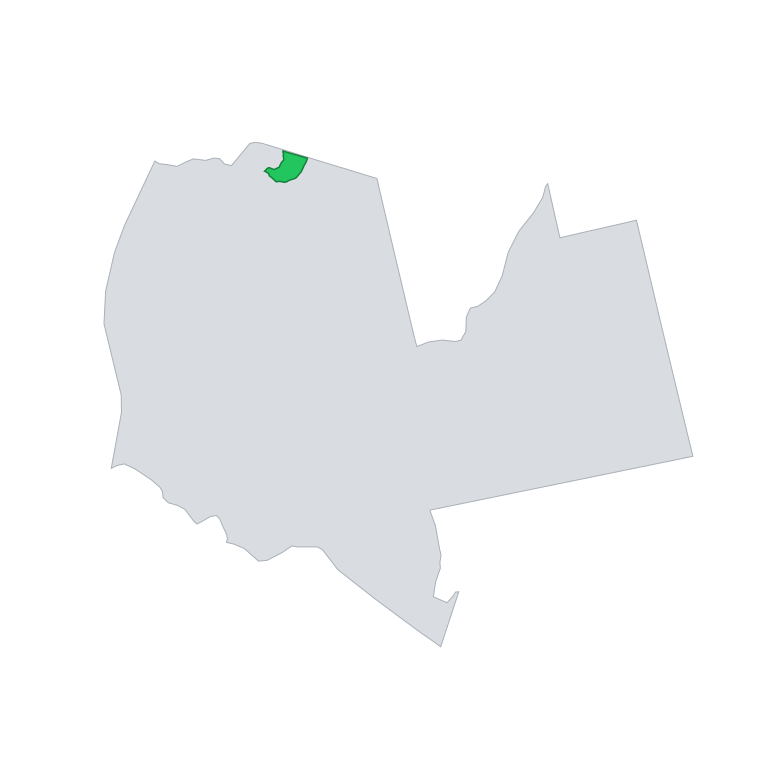 Cuilco, Huehuetenango, Guatemala (highlighted), rotated 77°
{"feature_id": "79465075B28423402187553", "entity_name": "Cuilco", "entity_type": "district", "adm_level": 2, "iso_a3": "GTM", "parent_name": "Guatemala", "parent_adm1": "Huehuetenango", "projection": "albers", "projection_center": [-91.949, 15.456], "detail": "fine", "context": "in_parent", "style": "filled", "palette": "green", "viewbox_px": 768, "rotation_deg": 77, "n_neighbors": 0, "source": "geoboundaries", "source_scale": "gbopen_adm2", "svg_char_len": 3470}
<svg xmlns="http://www.w3.org/2000/svg" viewBox="0 0 768 768"><g transform="rotate(77 384 384)"><path d="M115.2,557.1L118.7,553.6L121.7,545.3L125.4,536.8L123.1,527.0L121.8,519.1L126.0,507.5L125.6,498.9L127.5,493.5L133.6,490.1L136.9,483.5L119.5,460.7L119.5,455.5L121.8,449.1L135.9,424.7L152.7,395.8L171.1,363.9L182.2,344.7L222.7,344.6L249.6,344.5L283.6,344.3L320.6,344.1L344.9,343.9L354.9,343.6L353.1,331.1L354.3,317.3L358.7,304.8L358.6,299.2L351.3,292.5L337.3,288.7L329.5,282.8L329.4,275.2L325.9,266.0L319.1,255.3L305.0,244.4L283.6,233.3L265.4,218.2L250.4,199.3L237.7,187.2L227.9,182.1L225.6,179.4L254.1,179.6L281.1,179.7L281.1,152.5L281.2,128.4L281.2,101.2L330.0,100.9L388.2,100.6L448.6,100.1L496.0,99.6L523.9,99.3L523.1,133.0L522.1,172.2L521.4,201.0L520.4,239.4L519.4,278.7L518.1,332.2L517.2,366.9L517.8,367.7L533.8,365.8L557.4,367.0L563.2,366.8L570.5,369.7L576.1,370.5L588.2,378.1L602.4,383.8L611.3,371.8L606.4,364.7L602.8,361.1L603.3,357.9L652.8,387.9L647.1,392.8L634.8,404.0L612.5,423.1L592.4,440.2L573.1,455.8L555.7,469.8L553.6,471.2L531.4,481.3L527.7,485.8L523.2,505.3L521.0,510.1L525.2,520.9L529.5,537.5L528.3,546.2L512.9,557.1L505.9,566.8L502.9,573.1L500.1,571.5L495.3,571.1L484.2,573.6L478.9,574.2L474.4,577.0L474.1,583.0L477.1,592.7L478.3,597.7L475.2,600.1L461.6,606.0L456.2,611.9L451.2,620.9L445.2,624.7L439.0,624.1L434.5,625.4L425.1,632.2L411.0,645.4L403.4,655.1L403.3,662.3L404.8,668.7L352.7,646.2L335.4,642.5L262.4,643.3L231.1,634.4L195.4,617.1L171.3,601.3L115.2,557.1Z" fill="#d9dde1" stroke="#a8b0b8" stroke-width="1"/><path d="M162.9,443.3L162.8,442.9L162.8,442.1L162.9,440.7L163.0,440.6L163.2,440.0L163.3,439.7L163.6,438.7L163.8,438.4L164.1,437.8L164.5,437.0L164.7,436.3L164.8,436.3L164.8,436.2L165.0,435.6L165.1,435.4L165.1,435.0L165.1,434.1L164.9,433.5L165.0,433.1L165.0,432.9L164.8,432.5L164.8,432.3L164.6,432.0L164.6,431.8L164.2,430.4L164.2,430.1L164.1,429.6L164.0,427.9L163.9,427.7L163.9,427.3L163.9,426.5L163.8,426.2L163.7,424.8L163.7,424.6L163.6,424.2L163.5,423.9L163.4,423.6L162.9,422.7L162.8,422.4L162.6,422.1L162.4,421.9L162.0,421.5L161.9,421.4L161.6,421.0L161.1,420.3L160.9,420.0L160.6,419.6L160.4,419.2L159.5,418.3L159.2,417.7L159.0,417.4L158.6,417.0L158.5,416.9L158.0,416.4L157.1,415.8L156.9,415.5L156.1,415.0L155.3,414.2L154.8,413.9L153.6,413.0L153.1,412.8L152.7,412.4L152.6,412.2L151.8,411.3L151.4,411.0L150.8,410.5L150.5,410.4L150.4,410.2L149.8,409.7L149.0,409.2L148.6,409.0L148.1,408.6L147.2,408.1L146.7,407.9L136.2,426.7L135.0,428.6L134.2,429.8L134.8,430.3L135.2,430.4L135.4,430.4L136.2,430.0L136.5,429.9L136.7,430.0L137.1,430.3L137.8,430.4L138.2,430.7L138.4,430.7L138.8,430.9L139.5,430.9L141.6,431.0L142.6,431.2L143.3,431.5L143.7,431.9L143.9,432.4L144.4,433.2L144.5,433.3L144.9,433.8L145.3,434.3L146.6,435.3L147.1,435.8L147.5,436.2L148.0,436.5L148.7,436.9L149.0,437.2L149.1,437.4L149.3,437.6L149.4,438.8L149.7,439.5L149.8,440.8L149.9,441.1L150.2,442.0L150.2,442.7L150.2,443.1L150.0,443.6L149.7,443.9L149.5,444.1L149.1,444.7L148.8,445.2L148.6,445.5L148.2,446.1L147.7,446.5L147.5,447.1L147.4,447.6L147.4,448.1L147.5,448.5L147.5,448.8L147.8,449.5L147.9,449.8L148.0,449.8L148.2,450.0L148.6,450.4L149.0,451.3L149.3,451.8L149.5,451.9L149.6,452.2L149.8,452.5L150.0,452.2L150.7,451.3L151.9,450.2L152.8,449.1L153.1,449.0L154.2,449.0L155.4,448.9L155.9,448.5L157.1,447.4L158.8,446.2L159.6,445.7L159.8,445.6L160.5,445.0L161.1,444.6L161.8,444.2L162.1,443.9L162.7,443.5L162.9,443.3Z" fill="#22c55e" stroke="#15803d" stroke-width="1.5"/></g></svg>